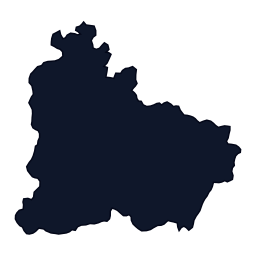 the district of Belo Vale, Minas Gerais, Brazil
{"feature_id": "56859067B69751783454408", "entity_name": "Belo Vale", "entity_type": "district", "adm_level": 2, "iso_a3": "BRA", "parent_name": "Brazil", "parent_adm1": "Minas Gerais", "projection": "robinson", "projection_center": [-44.059, -20.405], "detail": "fine", "context": "isolated", "style": "filled", "palette": "ink", "viewbox_px": 256, "rotation_deg": 0, "n_neighbors": 0, "source": "geoboundaries", "source_scale": "gbopen_adm2", "svg_char_len": 3060}
<svg xmlns="http://www.w3.org/2000/svg" viewBox="0 0 256 256"><path d="M95.7,30.5L94.1,26.1L89.8,25.5L86.1,25.0L83.6,22.0L81.9,24.2L79.6,26.3L76.4,27.2L75.7,30.3L78.4,31.9L80.5,34.1L77.4,34.9L74.9,33.8L70.6,33.2L67.2,35.1L65.4,37.9L62.9,38.7L60.6,34.7L59.7,30.8L56.2,32.7L53.1,34.3L51.8,38.4L51.4,42.0L51.3,44.9L54.3,46.4L57.3,48.3L60.2,49.3L62.6,51.8L62.9,56.2L59.1,59.5L55.0,61.0L51.3,61.3L47.9,61.5L43.8,62.7L41.6,65.6L37.6,66.7L34.9,69.6L33.0,71.8L30.8,74.0L29.3,78.3L29.2,82.6L31.9,85.7L33.0,90.7L33.4,94.3L31.5,97.0L30.0,100.2L28.9,102.8L30.8,106.3L32.4,109.6L32.6,113.6L32.2,117.5L32.0,121.6L31.5,124.4L33.0,127.8L35.6,129.5L38.2,130.6L39.6,133.6L39.6,137.5L38.1,140.8L37.6,144.8L35.5,146.2L34.7,151.1L33.2,156.1L31.5,159.7L29.3,162.4L26.7,166.7L27.7,170.7L30.1,173.9L32.4,176.7L34.9,177.7L37.8,178.2L40.1,181.4L39.9,186.6L36.8,189.6L34.2,192.2L33.6,197.2L31.5,199.7L27.9,198.4L23.7,198.9L23.0,202.0L23.6,204.8L23.2,209.2L19.3,210.3L17.0,212.8L15.6,215.4L15.4,219.0L17.2,222.5L19.8,225.6L22.5,227.0L24.1,230.6L26.6,233.6L29.3,234.0L32.9,233.1L35.6,231.3L38.8,228.1L43.7,228.9L45.9,230.8L48.4,231.8L51.0,232.9L55.2,233.4L58.6,234.0L62.0,233.5L66.3,232.9L69.5,231.7L71.9,229.7L75.3,230.3L77.5,226.8L81.2,225.1L85.9,224.8L90.0,223.5L94.3,223.8L98.5,222.7L101.6,221.3L104.1,220.8L107.0,221.2L109.5,218.8L110.2,215.8L110.3,211.1L112.1,208.1L114.8,209.0L117.4,210.3L120.2,212.8L123.4,215.6L126.3,215.7L129.2,214.6L131.2,216.8L131.4,220.3L133.1,224.0L135.7,226.5L138.3,228.7L141.6,230.8L146.5,230.6L150.5,229.5L153.5,227.6L157.6,225.4L161.2,225.2L164.0,224.1L165.9,222.3L167.9,220.5L171.0,221.3L173.4,221.8L177.3,222.9L177.8,227.0L179.1,230.6L181.3,227.5L183.9,226.2L186.3,227.6L188.8,230.2L192.4,227.3L193.3,223.7L193.9,220.3L196.1,216.1L198.2,213.2L199.9,210.6L201.0,207.4L202.2,204.0L203.4,201.4L204.8,198.9L207.0,196.0L208.9,192.2L210.9,189.8L212.3,186.6L213.4,182.3L216.4,182.4L218.9,182.6L221.7,182.0L224.8,180.6L227.3,181.8L230.0,180.6L232.4,179.4L233.0,175.6L231.7,171.4L232.4,167.8L234.3,165.5L233.9,162.3L234.6,158.9L235.7,155.8L237.9,153.5L240.3,152.4L240.6,149.5L238.6,147.1L235.9,145.2L231.6,144.4L227.9,144.0L226.4,141.3L228.1,138.0L229.0,133.6L229.9,130.1L229.9,126.6L227.3,126.2L224.5,125.9L221.4,126.6L218.3,127.4L215.6,125.5L213.4,123.3L210.7,121.2L206.8,120.2L203.2,121.3L199.6,122.8L197.1,120.8L195.2,118.7L193.1,117.2L190.5,116.2L187.3,115.4L184.0,115.1L182.0,112.6L180.2,110.2L178.6,106.3L176.0,106.0L173.4,106.6L170.9,104.2L167.1,102.0L164.0,103.1L161.6,105.0L159.4,103.1L156.8,103.5L154.0,104.9L150.5,106.1L146.7,106.5L143.2,104.9L141.2,101.3L138.5,101.1L136.8,98.4L136.3,95.3L134.5,92.9L131.6,90.4L133.4,88.0L135.3,86.0L137.0,83.4L135.6,79.8L135.7,74.8L136.3,69.6L132.6,66.6L128.6,68.1L125.4,68.5L122.5,70.5L120.7,73.4L115.8,73.2L113.8,78.4L110.2,77.7L105.8,77.2L106.9,71.5L107.4,67.5L103.9,66.4L107.0,63.1L109.0,58.9L111.0,54.3L108.6,52.6L106.0,52.2L108.9,49.5L107.8,45.0L104.4,42.8L102.3,45.0L99.5,48.3L96.3,49.4L93.1,48.1L92.6,44.5L91.2,40.5L93.1,37.1L95.7,35.2L95.7,30.5Z" fill="#0f172a" stroke="#020617" stroke-width="1.5"/></svg>